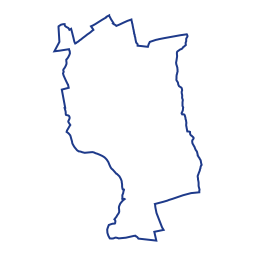 Homocea, Vrancea, Romania
{"feature_id": "2599482B90822407546416", "entity_name": "Homocea", "entity_type": "district", "adm_level": 2, "iso_a3": "ROU", "parent_name": "Romania", "parent_adm1": "Vrancea", "projection": "orthographic", "projection_center": [27.246, 46.143], "detail": "fine", "context": "isolated", "style": "outline", "palette": "blue", "viewbox_px": 256, "rotation_deg": 0, "n_neighbors": 0, "source": "geoboundaries", "source_scale": "gbopen_adm2", "svg_char_len": 5729}
<svg xmlns="http://www.w3.org/2000/svg" viewBox="0 0 256 256"><path d="M199.3,192.3L199.3,190.8L199.5,189.9L199.5,189.5L198.8,186.9L198.6,185.9L198.6,184.8L198.6,183.9L198.6,183.2L198.6,182.8L198.4,181.3L198.0,179.4L198.0,178.9L198.0,178.3L197.7,176.8L197.7,176.1L197.8,175.6L198.5,173.9L198.6,173.6L198.7,173.2L199.8,170.5L199.9,169.6L200.5,168.0L200.5,167.2L200.6,166.9L200.9,166.0L201.2,165.4L201.4,165.1L201.6,164.9L201.4,164.6L201.4,164.4L201.4,164.1L201.1,162.9L200.9,161.7L200.8,161.1L200.6,160.2L200.1,159.4L199.9,159.1L199.6,158.5L199.3,157.9L198.6,157.0L198.4,156.6L198.3,156.3L198.2,156.1L197.7,155.6L197.7,155.1L197.7,154.7L197.4,153.7L197.4,153.4L197.2,152.7L197.0,151.9L196.8,151.4L196.5,151.0L195.9,150.2L195.6,149.7L195.2,148.8L194.4,146.7L194.0,146.1L193.7,145.6L193.5,145.2L192.7,143.8L192.5,143.5L192.4,142.9L192.2,141.8L192.2,140.8L192.3,140.5L192.5,140.0L193.1,139.3L193.3,139.0L193.6,138.4L193.6,137.8L193.3,137.3L192.5,136.6L191.8,135.9L191.6,135.7L191.3,135.6L190.8,135.2L190.4,134.6L190.2,134.2L190.1,133.3L190.0,132.1L190.0,131.9L189.6,131.7L189.2,131.6L187.3,131.4L186.8,128.7L186.6,127.8L186.5,126.9L186.2,125.8L186.2,124.6L186.2,123.8L186.4,123.1L186.2,121.8L186.0,120.3L185.8,119.7L185.6,119.3L185.4,117.6L185.3,117.2L185.1,116.6L184.9,116.0L184.9,115.7L184.6,115.1L184.4,114.7L183.9,114.4L183.6,114.3L182.5,114.4L182.2,114.4L181.6,113.4L181.6,113.2L181.7,112.9L182.2,111.9L182.6,110.9L182.8,110.4L182.9,109.8L183.0,108.4L183.2,107.4L182.8,106.6L182.7,106.3L182.5,105.9L182.5,104.6L182.5,102.2L182.8,100.3L182.7,99.5L182.2,98.2L182.1,97.8L182.2,95.6L182.1,94.7L181.7,93.0L181.7,92.3L181.7,91.6L182.1,90.5L182.1,90.2L182.1,89.9L181.8,88.5L181.5,87.8L181.3,87.6L179.4,86.4L179.1,86.2L178.8,85.7L178.6,85.3L178.2,84.2L178.1,83.9L178.1,83.3L178.0,82.8L177.8,82.3L176.7,80.6L176.4,80.0L176.4,79.7L176.4,79.2L176.5,78.2L176.5,76.4L176.7,74.7L177.0,74.0L177.3,72.3L177.6,71.7L177.5,70.3L177.6,69.9L177.4,69.0L177.4,68.6L177.4,68.0L177.3,67.5L177.1,66.9L176.8,65.8L176.5,64.9L176.3,64.3L176.2,63.4L176.1,63.0L176.1,62.5L176.4,61.0L176.8,58.4L177.1,56.3L177.1,55.6L177.0,55.2L176.9,53.4L176.9,52.9L177.0,52.2L177.2,51.7L177.5,51.4L180.0,49.6L180.5,49.3L181.3,49.1L181.5,49.0L182.1,48.6L182.6,48.0L182.8,47.7L183.2,47.1L184.3,46.4L184.5,46.1L185.8,45.1L185.8,44.6L185.7,44.1L185.6,42.9L185.9,42.0L186.1,41.5L186.2,41.1L186.2,39.6L186.2,38.8L186.4,38.3L187.3,36.8L187.5,36.3L187.5,36.0L187.4,35.7L187.0,34.6L186.8,34.3L180.5,35.2L164.4,38.1L159.8,39.0L158.8,39.2L158.1,39.4L155.8,39.9L149.8,41.9L148.6,44.4L147.9,46.8L145.0,46.5L141.7,46.1L137.6,45.7L137.6,44.6L137.5,44.0L136.2,42.6L135.7,40.3L135.4,38.8L135.2,37.3L134.9,36.6L134.7,35.8L134.7,35.0L134.6,34.6L134.1,33.7L134.2,33.3L134.0,32.1L133.7,31.0L133.7,30.2L133.3,29.0L133.2,28.2L132.8,26.3L132.4,24.0L132.0,22.8L132.0,22.1L131.7,21.4L131.4,19.5L127.4,20.9L123.6,22.6L119.4,24.6L116.3,25.9L115.9,25.4L115.6,25.1L113.8,24.2L113.3,23.8L113.6,23.7L113.6,23.3L112.2,21.1L111.1,19.4L109.1,15.6L109.1,15.4L107.2,16.4L106.3,16.9L106.2,17.4L102.1,19.8L95.3,24.1L92.8,25.5L91.0,26.3L93.1,29.3L93.4,29.9L92.0,30.9L91.8,31.1L90.3,32.4L88.9,33.4L87.4,34.4L86.4,35.2L85.4,36.0L83.0,37.8L82.0,38.6L80.8,39.6L79.8,40.2L78.2,41.6L77.2,42.1L76.2,43.0L75.2,43.5L74.6,42.3L74.2,41.1L73.5,38.0L73.0,36.1L72.0,32.1L71.1,28.8L69.4,29.8L68.8,28.6L68.3,28.0L66.1,26.8L65.2,26.1L64.9,25.5L64.6,24.6L64.6,24.1L63.9,24.1L62.6,24.3L61.0,24.7L58.6,26.3L58.5,26.8L59.4,41.9L54.4,51.3L59.4,50.7L69.0,49.2L69.2,50.2L69.3,50.5L69.5,50.6L69.6,50.9L69.8,51.8L69.9,53.5L69.2,55.3L68.1,57.4L67.2,58.7L66.3,59.6L66.3,61.0L66.5,62.3L66.5,63.9L65.8,65.7L64.8,67.6L63.4,69.5L63.3,70.7L63.7,71.8L63.0,73.4L63.6,75.5L65.9,80.6L67.8,84.5L68.0,84.6L68.7,87.8L61.8,89.6L65.2,107.8L64.6,107.9L64.7,108.4L65.5,111.0L65.7,112.3L65.7,113.7L65.8,114.2L65.9,114.7L66.0,114.9L67.8,115.4L68.0,115.4L68.4,115.5L68.7,115.7L68.9,115.9L69.1,116.1L69.5,117.0L69.6,117.3L69.6,118.1L69.5,118.6L69.3,119.1L68.6,120.6L68.3,121.2L68.3,121.4L68.3,121.8L68.8,122.7L70.1,124.7L70.3,125.0L69.8,125.7L67.9,129.0L67.0,130.5L66.6,131.9L68.0,132.9L68.8,133.6L69.7,134.7L70.2,135.3L70.5,136.1L71.5,139.7L72.0,141.4L72.3,143.2L72.7,144.1L74.0,146.4L74.7,147.4L77.1,150.3L78.8,151.4L79.5,151.4L80.9,151.7L82.2,152.2L84.7,152.8L91.1,152.2L92.6,152.1L94.1,152.5L95.3,153.1L96.1,153.4L97.2,153.7L99.4,154.6L102.2,155.9L103.7,156.8L104.7,157.5L105.8,158.6L106.8,159.7L107.7,161.1L108.3,162.0L109.0,163.7L109.3,164.5L110.4,166.9L111.1,168.1L111.8,168.9L112.7,169.6L116.4,173.8L116.9,173.9L119.4,176.3L120.4,178.1L121.0,179.3L121.7,181.2L121.7,182.0L121.9,183.1L122.1,184.6L122.1,185.9L122.1,186.6L122.2,187.2L122.5,188.8L122.7,189.3L123.0,189.3L123.6,189.4L123.9,189.5L124.0,189.8L123.5,191.3L123.1,193.4L122.4,195.0L122.3,196.1L122.4,196.6L122.4,197.5L122.3,198.6L122.2,198.9L122.3,199.0L122.9,198.9L123.6,198.9L124.3,198.9L124.6,199.1L123.1,200.3L122.3,201.1L121.2,202.4L120.2,203.7L119.6,205.1L119.2,206.1L119.0,206.8L118.9,207.5L118.9,208.2L119.1,209.3L119.2,211.2L119.2,211.8L119.0,212.4L118.5,213.5L117.9,214.3L117.1,215.5L116.8,216.0L116.7,216.4L114.4,219.3L115.0,220.0L115.3,220.7L115.4,221.3L115.2,222.4L115.2,222.9L114.9,223.5L113.9,223.7L113.1,223.7L112.7,223.7L111.3,224.1L108.8,225.0L107.6,228.2L107.2,229.6L107.4,232.8L108.3,235.6L109.8,238.4L111.2,238.5L112.4,238.5L113.4,238.4L114.6,237.9L115.4,237.6L116.4,237.7L118.0,238.1L118.7,238.4L125.9,237.7L134.3,235.8L134.5,235.9L135.1,235.8L135.4,235.7L135.6,235.8L136.0,236.4L136.8,236.8L137.3,237.1L138.4,238.6L156.3,240.6L154.3,231.8L163.6,229.9L162.2,227.6L161.8,226.7L156.5,213.0L155.5,208.0L155.3,206.8L155.1,204.6L154.9,204.0L163.3,201.8L167.4,200.6L168.8,200.0L172.4,198.9L183.2,195.2L191.1,193.1L199.3,192.3Z" fill="none" stroke="#1e3a8a" stroke-width="2"/></svg>